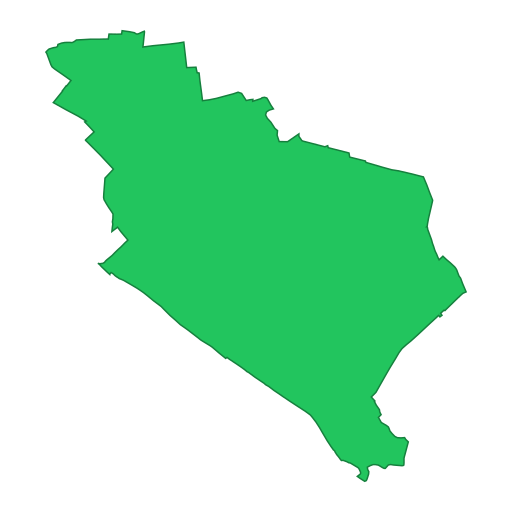 Milisauti, Suceava, Romania (Albers equal-area conic projection)
{"feature_id": "2599482B30134171619265", "entity_name": "Milisauti", "entity_type": "district", "adm_level": 2, "iso_a3": "ROU", "parent_name": "Romania", "parent_adm1": "Suceava", "projection": "albers", "projection_center": [26.004, 47.784], "detail": "fine", "context": "isolated", "style": "filled", "palette": "green", "viewbox_px": 512, "rotation_deg": 0, "n_neighbors": 0, "source": "geoboundaries", "source_scale": "gbopen_adm2", "svg_char_len": 4582}
<svg xmlns="http://www.w3.org/2000/svg" viewBox="0 0 512 512"><path d="M385.3,468.4L385.8,467.8L387.6,465.8L388.4,464.9L390.0,464.7L390.5,464.5L393.5,465.0L397.1,465.3L399.6,465.5L401.8,465.7L403.0,465.6L403.8,465.1L403.9,464.2L404.0,462.8L404.0,461.0L404.0,458.3L404.3,456.9L405.2,453.6L406.6,448.3L408.3,441.9L405.7,439.4L404.6,437.6L401.1,437.9L397.4,437.7L394.8,436.4L392.0,433.5L389.9,430.9L389.3,429.1L388.4,427.0L386.6,425.6L381.3,422.5L380.1,420.4L378.4,417.4L381.1,414.7L379.8,412.1L379.5,410.2L379.4,409.6L376.3,405.2L374.4,401.5L374.9,401.0L371.3,397.0L375.9,392.4L384.1,377.9L386.6,373.5L390.2,367.3L395.4,358.8L399.1,352.5L402.1,348.5L406.6,344.5L411.1,340.8L418.5,334.1L430.4,323.0L436.5,317.4L438.3,315.7L438.7,315.4L439.9,316.9L442.0,315.3L440.6,313.3L444.0,310.2L444.9,310.6L445.2,310.3L446.9,308.6L458.5,297.3L459.1,296.9L460.0,295.9L461.1,294.9L462.9,293.3L466.1,291.9L462.6,283.6L460.6,278.2L459.0,276.0L457.8,272.9L456.8,270.1L455.9,268.5L454.7,266.9L450.4,262.9L446.5,259.6L442.9,256.2L439.4,259.5L439.1,259.8L438.0,257.6L436.6,254.1L435.3,251.5L434.6,249.6L433.7,246.7L433.5,246.1L432.5,243.4L431.5,239.7L428.9,232.6L427.8,229.7L427.4,227.3L427.2,226.7L426.8,226.7L427.1,226.4L427.3,225.6L427.5,223.9L428.2,220.1L428.5,218.4L431.6,205.1L432.6,200.7L432.6,200.1L429.5,192.3L428.7,190.1L426.8,185.0L423.4,176.9L419.4,175.9L412.1,174.0L407.8,173.0L404.1,172.1L402.7,171.8L400.8,171.4L400.0,171.2L399.4,171.0L399.1,171.0L398.9,170.9L391.8,169.8L382.0,167.1L365.9,162.4L365.4,161.0L349.7,157.1L349.0,153.0L328.2,147.7L327.7,145.7L324.9,146.8L302.9,141.1L301.8,140.6L300.9,139.2L298.9,136.4L298.9,133.9L287.6,141.7L279.2,141.6L277.1,135.2L277.5,130.6L274.9,128.4L270.9,122.2L267.3,118.3L265.6,115.0L266.4,112.0L269.3,110.1L273.4,108.9L271.0,105.4L268.0,99.9L266.8,98.0L264.5,97.3L262.1,97.7L261.0,98.6L252.7,101.3L252.9,99.4L250.1,99.7L246.2,100.5L245.9,100.0L241.6,93.4L238.1,92.2L233.4,93.8L224.8,96.1L216.3,98.4L209.3,99.8L202.5,100.7L201.7,94.1L199.9,80.6L199.1,73.0L198.8,72.9L197.2,72.8L196.5,70.0L196.0,67.2L186.7,67.6L185.6,57.9L185.0,52.7L183.8,42.1L178.6,43.0L168.8,44.2L153.2,45.7L142.9,47.0L143.3,43.6L144.5,31.8L144.3,31.2L142.3,32.0L138.7,33.7L136.9,34.1L136.1,33.8L134.4,32.7L129.4,31.7L122.1,30.7L121.6,34.1L120.9,34.1L120.2,34.1L117.0,34.2L111.4,34.1L109.0,34.1L108.3,39.1L106.9,39.0L105.6,39.1L103.2,39.1L99.7,39.2L90.7,39.2L76.3,40.0L75.8,40.5L73.5,42.0L72.0,42.6L69.7,42.4L67.7,42.4L64.8,42.5L61.5,43.1L59.6,43.8L58.0,44.4L57.7,45.2L57.6,46.3L56.9,46.9L55.9,47.3L53.8,47.6L52.3,48.0L50.4,48.6L49.1,49.0L47.9,50.0L46.9,51.0L45.9,52.1L46.8,53.5L50.1,62.5L51.0,64.9L52.1,66.9L54.5,68.9L57.8,71.2L62.6,74.5L71.0,80.5L66.6,86.0L66.2,85.8L62.3,90.9L62.5,91.2L53.3,102.6L65.6,109.5L78.4,116.3L86.2,121.1L85.2,121.6L84.7,121.9L89.9,127.3L94.1,131.9L89.9,135.8L85.5,140.0L85.5,140.3L87.4,142.1L90.2,144.9L100.9,155.7L104.2,159.3L113.4,169.1L111.7,171.0L105.0,178.1L103.8,193.6L103.6,197.4L104.1,199.8L104.6,200.6L106.3,203.6L108.8,207.6L111.8,212.0L113.0,214.0L112.9,218.6L112.4,221.9L112.8,224.1L112.3,227.6L111.9,231.5L117.6,227.2L120.8,231.6L127.9,240.1L125.0,242.8L121.0,246.9L118.1,249.5L114.8,252.7L112.1,255.5L107.8,259.0L106.5,260.1L105.3,261.3L104.6,262.3L103.2,263.2L101.8,263.5L101.1,263.5L100.0,263.8L99.2,263.6L97.9,263.3L99.3,264.3L100.1,265.1L101.5,266.7L106.7,271.7L109.8,274.5L109.9,273.9L111.1,272.5L113.3,273.9L115.0,275.6L116.9,277.0L118.1,277.7L119.3,278.6L121.2,279.3L123.5,280.3L128.9,283.4L137.2,288.3L140.5,290.5L143.5,292.6L147.3,295.6L153.7,300.9L161.2,306.5L164.0,309.4L170.1,315.5L175.5,320.2L180.4,324.7L187.4,329.6L197.4,337.3L200.8,340.0L205.0,342.6L210.3,345.8L212.4,347.3L218.8,352.8L225.7,358.4L227.0,357.4L229.5,359.3L235.1,363.0L240.3,366.5L244.7,369.7L247.2,371.8L248.4,372.3L255.0,377.2L261.4,381.5L264.1,383.3L265.6,384.7L268.8,386.5L274.2,390.6L277.8,393.0L283.0,396.6L291.2,402.1L298.4,406.8L305.2,411.2L310.4,415.0L312.0,416.9L316.0,422.1L319.6,427.7L322.0,431.9L327.3,440.9L331.2,446.8L332.9,449.1L333.2,449.7L334.1,450.4L334.6,450.8L335.3,452.4L336.1,453.5L336.5,454.3L337.2,455.2L338.4,456.6L339.9,458.6L340.4,459.4L341.4,460.5L341.5,460.5L342.4,460.4L343.3,460.4L345.2,461.1L347.3,461.9L348.6,462.7L349.1,462.8L350.3,463.0L357.8,467.5L358.7,468.3L359.6,470.0L360.5,472.0L360.6,472.7L360.6,473.4L360.4,473.8L360.1,474.2L357.3,476.4L360.4,478.6L364.7,481.3L366.3,480.6L367.1,478.9L368.6,474.1L368.8,471.6L367.8,469.8L367.4,468.0L367.4,467.1L368.8,466.4L370.3,465.6L373.0,464.6L375.5,464.6L378.3,465.1L379.9,466.0L382.5,467.6L384.2,468.4L385.3,468.4Z" fill="#22c55e" stroke="#15803d" stroke-width="1.5"/></svg>